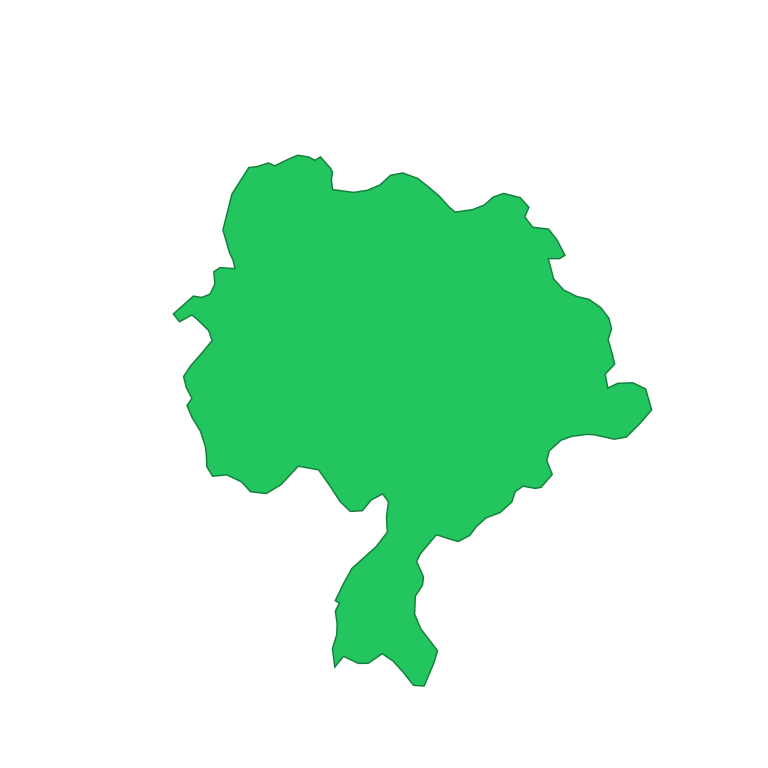 outline of Sangju-si, North Gyeongsang, South Korea, rotated 228°
{"feature_id": "91817680B21539665501577", "entity_name": "Sangju-si", "entity_type": "district", "adm_level": 2, "iso_a3": "KOR", "parent_name": "South Korea", "parent_adm1": "North Gyeongsang", "projection": "robinson", "projection_center": [128.043, 36.44], "detail": "fine", "context": "isolated", "style": "filled", "palette": "green", "viewbox_px": 768, "rotation_deg": 228, "n_neighbors": 0, "source": "geoboundaries", "source_scale": "gbopen_adm2", "svg_char_len": 2031}
<svg xmlns="http://www.w3.org/2000/svg" viewBox="0 0 768 768"><g transform="rotate(228 384 384)"><path d="M132.7,211.7L143.5,234.8L150.0,245.3L163.1,246.4L177.2,247.4L192.4,252.7L205.4,265.3L208.7,277.9L214.1,284.2L230.4,289.5L233.6,297.9L236.9,322.1L226.0,328.4L217.3,333.7L214.1,346.3L216.2,356.9L216.2,370.5L210.8,384.2L210.8,400.0L216.2,409.5L215.1,419.0L205.3,426.4L202.1,431.6L204.2,448.5L218.3,453.8L223.8,462.2L223.8,468.5L223.8,478.0L219.4,488.6L210.7,501.2L205.3,506.5L189.0,518.1L182.4,528.6L182.8,535.7L183.5,548.7L185.7,565.6L205.2,575.1L218.3,569.8L228.1,558.2L231.3,547.6L243.3,555.0L244.4,568.7L254.2,574.0L267.2,580.4L272.6,589.9L282.4,595.1L295.5,596.2L309.6,593.0L320.5,585.6L333.6,580.4L348.8,580.4L358.6,585.6L367.3,589.9L359.7,598.3L358.6,604.6L374.9,608.9L389.0,609.9L401.0,599.4L414.0,600.4L418.4,609.9L431.4,609.9L445.6,600.4L449.3,591.5L449.9,589.9L449.9,578.2L454.3,566.6L464.1,551.9L471.7,550.8L486.9,550.8L502.1,548.7L514.1,546.6L528.2,539.2L534.7,528.6L534.7,513.9L539.1,501.2L546.7,489.6L562.9,475.9L570.6,481.2L576.0,487.5L580.4,488.6L595.3,488.7L596.4,482.4L603.4,479.7L611.7,473.0L615.2,462.8L619.3,448.7L625.6,446.0L630.4,435.2L635.3,428.4L626.9,398.1L606.3,367.4L597.6,363.2L584.6,356.9L577.0,354.7L569.4,350.5L580.2,340.0L581.3,332.6L571.5,325.3L567.2,314.7L570.4,306.3L576.9,301.1L577.0,274.3L567.1,273.7L563.9,287.4L557.4,288.4L541.1,289.5L531.3,285.3L529.1,270.6L526.9,252.7L523.7,240.1L513.9,234.8L501.9,231.6L499.8,223.2L487.8,219.0L471.5,215.9L457.4,209.6L449.8,204.3L441.1,197.0L430.2,194.9L421.6,206.4L406.4,212.7L393.3,212.7L381.4,223.2L378.1,240.1L380.3,265.3L364.0,277.9L345.5,275.8L326.0,272.7L311.9,273.7L304.3,283.2L306.4,296.9L303.2,309.5L293.4,308.4L283.6,296.9L271.7,287.4L268.4,269.5L268.4,260.0L268.4,247.4L268.4,236.9L263.0,221.1L255.6,202.8L251.1,204.3L247.8,195.9L237.0,188.6L229.4,181.2L221.8,168.6L206.6,158.1L208.7,171.7L193.5,178.0L187.0,185.4L184.8,202.2L171.8,205.4L156.6,205.4L140.3,204.3L132.7,211.7Z" fill="#22c55e" stroke="#15803d" stroke-width="1.5"/></g></svg>